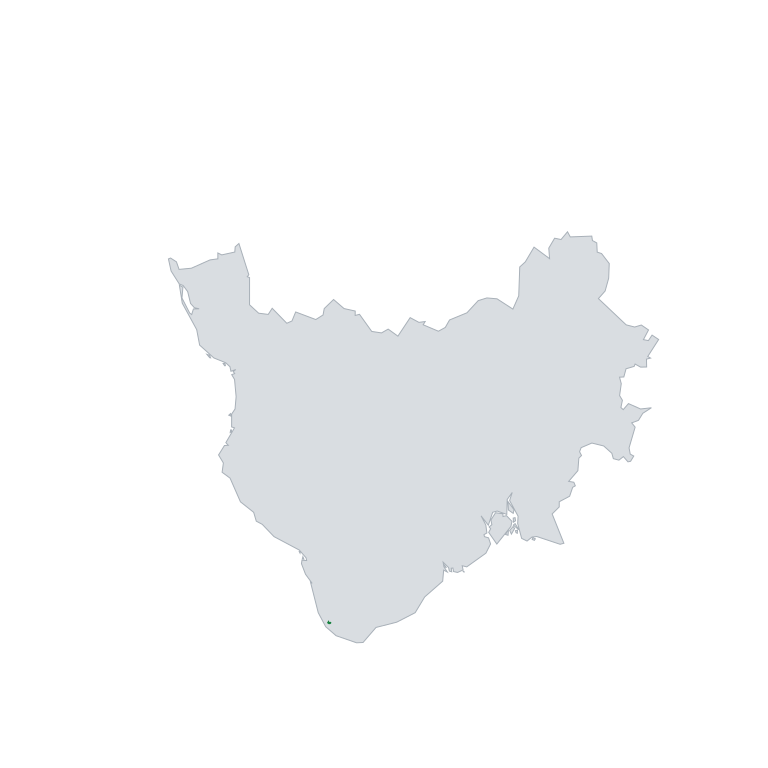 location of Primavera, Pernambuco, Brazil, rotated 123°
{"feature_id": "56859067B11110903525977", "entity_name": "Primavera", "entity_type": "district", "adm_level": 2, "iso_a3": "BRA", "parent_name": "Brazil", "parent_adm1": "Pernambuco", "projection": "mercator", "projection_center": [-35.383, -8.341], "detail": "fine", "context": "in_parent", "style": "filled", "palette": "green", "viewbox_px": 768, "rotation_deg": 123, "n_neighbors": 0, "source": "geoboundaries", "source_scale": "gbopen_adm2", "svg_char_len": 4209}
<svg xmlns="http://www.w3.org/2000/svg" viewBox="0 0 768 768"><g transform="rotate(123 384 384)"><path d="M233.0,183.8L239.4,189.3L247.5,186.7L250.0,190.2L254.5,185.2L265.4,180.1L267.8,175.2L274.7,172.5L275.2,169.4L267.3,168.3L265.2,155.2L258.3,146.8L267.6,151.0L275.9,150.8L281.7,155.1L283.4,149.9L304.1,143.7L308.7,139.3L308.4,135.3L314.5,135.1L316.4,137.0L314.5,143.7L319.9,145.5L321.7,151.0L318.0,155.2L316.3,166.0L320.3,177.5L330.0,184.0L334.3,183.1L336.4,179.4L340.1,180.2L351.1,174.2L365.1,176.1L363.0,171.3L365.2,168.1L367.9,169.5L377.0,167.2L387.3,172.9L391.7,170.1L401.4,172.2L419.6,146.4L422.5,149.0L428.7,172.8L431.7,176.5L437.8,178.5L438.5,184.5L428.2,195.9L421.8,199.6L413.3,215.2L405.1,217.4L413.7,217.8L426.5,210.0L428.9,219.9L432.4,223.0L445.6,219.6L441.7,230.8L446.8,221.8L452.9,216.6L455.9,218.1L457.3,216.6L456.1,212.5L460.1,207.5L470.4,206.4L492.3,215.0L493.8,219.4L496.9,216.4L502.0,219.7L503.4,223.5L500.8,226.0L501.9,227.3L504.6,224.9L505.3,227.3L502.8,229.8L501.2,237.4L504.6,234.3L507.2,228.5L507.6,232.6L517.4,227.4L540.4,233.9L558.8,233.3L576.8,243.6L592.5,258.1L612.2,260.8L616.0,266.1L621.2,287.1L619.3,300.7L611.6,314.6L590.3,337.6L590.3,335.7L586.3,346.2L579.6,355.4L576.5,356.8L574.2,352.7L572.2,354.7L569.4,364.6L571.9,393.1L568.0,409.7L568.6,416.4L562.6,423.4L561.0,440.2L546.8,461.8L546.2,471.7L537.7,475.7L533.6,484.1L522.5,484.3L520.2,481.2L519.3,484.7L502.2,485.5L503.0,488.4L492.2,495.4L486.1,495.3L475.2,501.1L461.6,511.8L459.1,516.8L456.6,514.9L455.7,517.2L452.6,516.2L456.7,519.3L453.4,522.6L452.4,528.3L454.8,540.9L451.8,559.8L440.4,570.7L426.1,597.2L412.6,609.4L412.3,605.4L421.9,600.3L430.3,585.7L430.5,583.1L424.9,584.7L421.6,580.0L423.3,584.6L421.8,590.1L413.4,599.0L410.8,606.1L411.6,610.2L405.2,624.1L396.5,632.9L394.6,631.6L394.6,624.6L399.5,618.3L391.8,608.6L374.7,597.5L369.5,591.5L364.6,594.7L364.1,590.4L354.6,581.0L350.0,583.5L345.2,582.2L366.0,556.9L368.5,557.1L368.0,554.7L390.8,539.9L392.9,527.7L388.7,519.0L381.4,519.0L386.0,498.6L381.3,495.5L371.7,497.3L367.1,476.3L359.3,472.7L353.3,475.2L340.6,472.3L342.5,458.6L338.5,447.9L342.2,445.5L338.9,442.5L346.6,422.9L342.5,413.9L335.7,410.4L336.3,398.4L314.1,398.2L313.3,388.3L309.2,383.5L313.0,383.4L310.1,367.1L303.2,363.4L294.6,363.9L279.1,353.2L262.8,350.4L255.8,344.6L251.0,335.6L251.0,316.7L236.7,319.0L211.9,333.9L204.6,332.0L187.5,332.7L188.7,313.4L180.3,319.8L168.8,320.3L166.4,314.2L156.4,313.0L159.2,307.9L146.8,290.3L150.2,287.3L149.8,282.4L157.3,277.0L156.1,272.6L160.3,260.7L172.9,253.2L185.6,249.2L195.6,250.7L202.5,213.1L199.7,204.8L194.4,200.3L194.6,191.6L205.5,190.6L203.6,185.9L197.0,185.8L197.1,177.9L217.3,177.8L217.1,174.6L220.2,177.4L226.7,173.0L230.1,178.0L230.5,184.3L233.0,183.8ZM434.3,200.0L456.8,202.2L451.4,215.4L447.3,215.7L446.6,218.0L443.3,216.9L439.7,220.3L431.2,220.3L428.1,213.6L430.3,212.0L427.7,209.6L429.5,201.9L434.3,200.0ZM415.1,216.0L418.6,206.5L422.1,205.2L421.9,211.0L415.1,216.0ZM440.5,195.4L438.3,198.9L433.2,198.1L434.0,195.8L440.5,195.4ZM432.8,191.5L431.9,198.7L429.7,198.0L432.8,191.5ZM444.0,200.0L440.8,200.4L439.4,199.7L443.3,197.6L444.0,200.0ZM429.4,200.2L426.1,202.6L424.7,201.3L427.1,199.2L429.4,200.2ZM435.4,193.9L433.9,192.4L436.6,190.9L436.8,192.3L435.4,193.9ZM433.7,175.1L431.8,175.5L431.4,172.8L433.2,172.7L433.7,175.1ZM455.6,548.7L454.9,546.0L456.5,543.6L456.9,544.4L455.6,548.7ZM494.2,494.4L494.7,497.2L492.4,496.6L494.2,494.4ZM454.4,530.1L453.4,528.6L455.0,527.0L455.5,527.6L454.4,530.1ZM504.1,232.7L502.7,235.4L504.1,231.5L504.1,232.7ZM575.3,357.2L573.0,358.0L574.5,355.8L575.3,357.2ZM508.4,486.6L506.0,487.6L505.6,487.0L507.0,485.8L508.4,486.6ZM571.6,362.3L570.7,363.8L570.2,362.9L571.6,362.3ZM498.1,214.0L498.2,215.4L497.6,215.2L498.1,214.0Z" fill="#d9dde1" stroke="#a8b0b8" stroke-width="1"/><path d="M613.9,301.0L614.0,301.0L614.2,300.9L614.3,300.9L614.5,300.9L614.6,301.0L614.7,300.9L614.6,300.7L614.6,300.4L614.8,300.3L614.8,300.2L614.7,300.2L614.6,299.9L614.6,299.7L614.5,299.4L614.4,299.4L614.3,299.2L614.2,299.0L614.1,298.9L613.9,299.0L613.7,299.0L613.7,298.9L613.4,298.8L613.3,299.0L613.5,299.3L613.6,299.5L613.8,299.8L614.1,300.1L614.3,300.3L614.1,300.8L613.9,301.0Z" fill="#22c55e" stroke="#15803d" stroke-width="1.5"/></g></svg>